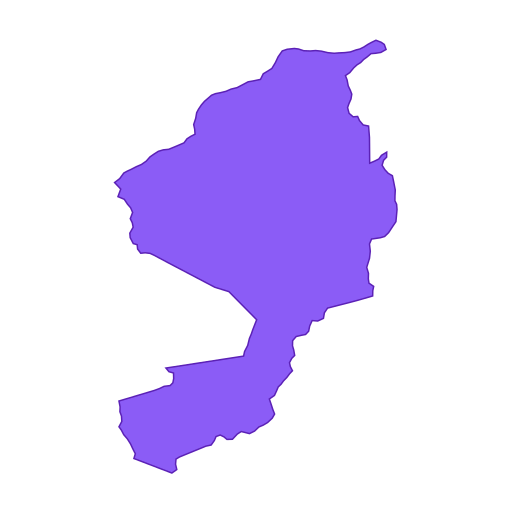 the district of Itapajé, Ceará, Brazil, rotated 79°
{"feature_id": "56859067B91483000258384", "entity_name": "Itapajé", "entity_type": "district", "adm_level": 2, "iso_a3": "BRA", "parent_name": "Brazil", "parent_adm1": "Ceará", "projection": "albers", "projection_center": [-39.573, -3.737], "detail": "fine", "context": "isolated", "style": "filled", "palette": "violet", "viewbox_px": 512, "rotation_deg": 79, "n_neighbors": 0, "source": "geoboundaries", "source_scale": "gbopen_adm2", "svg_char_len": 2899}
<svg xmlns="http://www.w3.org/2000/svg" viewBox="0 0 512 512"><g transform="rotate(79 256 256)"><path d="M453.0,380.0L450.5,374.5L445.1,374.7L440.1,373.3L438.7,369.5L437.4,363.1L435.3,352.5L434.1,346.4L433.1,341.6L433.0,336.1L429.2,332.1L425.6,329.7L424.9,325.3L427.5,321.9L430.5,319.5L431.4,314.1L427.2,308.3L425.5,304.0L427.1,300.5L429.1,296.3L427.6,290.8L424.4,285.8L423.4,281.2L421.7,276.4L418.3,271.0L414.7,267.9L409.7,268.8L404.8,269.4L398.9,270.2L396.4,264.5L392.1,261.4L388.8,259.2L386.7,255.9L383.9,252.9L381.1,248.9L378.0,245.5L375.6,242.1L371.1,243.4L367.1,243.5L363.3,240.4L361.0,237.0L355.5,236.9L351.1,237.3L346.1,236.2L342.7,231.9L342.5,226.5L342.5,222.3L339.9,218.7L334.9,216.6L330.1,213.2L331.6,207.8L330.1,201.7L324.8,199.7L320.8,195.7L319.9,180.5L319.5,173.5L318.9,164.7L317.5,149.1L312.4,148.0L308.3,146.3L304.2,150.3L299.9,150.1L294.5,148.9L288.3,149.5L279.9,145.0L273.1,142.9L265.8,142.3L261.4,139.3L261.6,135.3L261.8,130.3L261.4,126.0L258.4,121.4L252.9,116.0L249.0,112.1L243.9,110.6L237.3,108.7L232.1,108.1L228.3,109.1L223.5,108.1L217.8,106.7L209.4,106.7L203.2,106.8L200.1,110.4L195.9,113.0L191.0,114.9L186.4,112.5L183.9,108.9L179.0,107.9L181.1,113.6L184.2,116.9L185.5,121.6L186.6,126.7L161.3,122.0L149.9,120.7L147.8,125.8L142.8,128.6L138.4,129.6L137.9,134.1L133.7,137.4L127.8,137.8L124.2,135.7L120.0,132.8L115.4,131.1L111.3,131.8L106.7,133.0L100.4,133.0L96.0,133.8L93.9,129.0L89.9,124.1L87.6,120.3L86.1,116.4L83.6,112.8L81.9,109.1L79.3,104.5L79.8,100.1L80.0,94.6L78.1,88.9L72.8,89.7L70.1,92.3L67.1,97.1L68.4,102.0L69.6,105.8L71.4,110.2L72.6,114.5L72.8,118.4L73.7,124.4L73.3,130.0L72.4,136.2L71.9,140.6L70.1,146.7L67.4,152.7L65.7,158.3L65.1,163.6L63.6,170.0L60.9,174.8L59.6,178.8L59.0,186.0L59.7,191.1L64.6,196.2L69.9,200.1L74.9,204.6L76.8,209.4L78.5,214.1L83.5,217.9L83.6,225.5L83.5,230.5L85.0,235.4L87.1,242.4L87.4,248.6L88.6,254.0L88.9,259.8L88.9,264.9L89.7,269.0L91.8,272.6L94.3,277.0L97.3,280.8L100.9,284.4L104.0,286.9L109.3,288.9L115.1,292.1L119.8,292.0L124.8,292.6L126.1,297.2L127.8,301.4L131.2,305.1L132.3,310.1L133.4,315.3L134.6,321.3L134.1,326.8L134.6,331.9L136.5,336.7L138.5,341.2L141.9,345.6L144.3,351.0L145.5,356.5L147.2,362.3L148.1,366.1L149.3,369.9L154.0,375.0L156.9,380.8L164.5,376.0L171.4,380.2L175.2,374.5L180.7,372.2L184.7,369.9L189.7,368.8L195.4,372.3L199.8,371.1L204.3,371.1L209.5,375.5L214.0,376.0L220.4,374.1L222.2,370.5L226.6,370.9L231.3,368.6L231.7,364.2L233.2,359.5L235.5,356.3L245.8,343.6L278.9,302.3L285.8,289.4L318.7,267.5L322.3,269.8L327.7,273.2L331.7,275.5L335.7,278.2L342.2,281.2L347.5,285.4L351.9,287.3L348.8,365.8L353.0,363.5L355.1,359.3L360.6,360.2L364.6,361.8L366.8,365.0L366.4,371.1L367.7,376.0L368.6,381.6L372.2,418.2L378.2,418.2L382.9,419.3L387.5,418.6L392.8,419.3L397.5,423.1L401.2,421.4L406.2,419.9L410.9,417.2L416.6,415.0L421.8,413.7L427.1,412.2L431.5,414.5L453.0,380.0Z" fill="#8b5cf6" stroke="#5b21b6" stroke-width="1.5"/></g></svg>